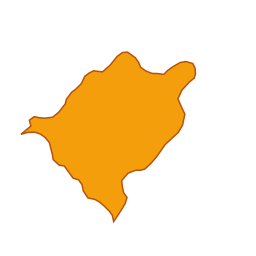 the district of Kalograia, Cyprus, rotated 324°
{"feature_id": "46923920B49066435072009", "entity_name": "Kalograia", "entity_type": "district", "adm_level": 2, "iso_a3": "CYP", "parent_name": "Cyprus", "parent_adm1": "", "projection": "mercator", "projection_center": [33.631, 35.338], "detail": "fine", "context": "isolated", "style": "filled", "palette": "amber", "viewbox_px": 256, "rotation_deg": 324, "n_neighbors": 0, "source": "geoboundaries", "source_scale": "gbopen_adm2", "svg_char_len": 1118}
<svg xmlns="http://www.w3.org/2000/svg" viewBox="0 0 256 256"><g transform="rotate(324 128 128)"><path d="M61.4,195.3L70.5,191.9L76.1,189.7L81.2,187.5L86.4,183.6L86.4,178.0L89.0,172.0L92.0,166.8L101.5,164.6L109.7,166.8L113.1,169.4L117.4,171.1L125.2,170.2L134.3,168.1L140.7,165.9L148.0,163.3L158.4,162.0L166.2,161.1L173.9,157.7L178.4,153.6L178.7,153.3L182.1,150.3L183.8,141.6L185.5,133.8L193.7,129.1L204.5,126.9L211.0,126.5L214.4,123.9L217.4,119.1L218.3,113.9L214.0,108.3L208.8,105.7L200.2,104.8L193.3,104.8L188.6,105.7L183.4,100.9L179.5,97.9L176.1,92.7L173.9,86.2L175.2,81.0L175.2,75.4L172.2,66.3L167.9,63.7L161.4,63.7L150.2,66.7L145.0,67.2L140.3,67.6L133.8,61.5L129.1,60.7L123.5,60.7L116.6,64.6L108.4,65.9L103.6,65.9L95.0,68.5L91.6,71.5L86.0,73.2L81.2,74.5L73.5,75.0L67.0,71.5L62.7,68.0L58.8,63.7L52.8,63.7L50.6,69.3L37.7,70.2L44.6,72.8L50.2,76.7L53.6,81.5L55.4,87.1L55.8,93.6L51.1,105.3L48.9,109.6L50.6,117.8L54.1,121.3L54.1,127.4L54.1,136.4L57.5,140.8L57.5,146.8L54.9,152.5L54.5,161.1L59.2,166.3L61.4,171.1L62.7,176.3L64.0,184.1L64.0,189.3L61.4,195.3Z" fill="#f59e0b" stroke="#b45309" stroke-width="1.5"/></g></svg>